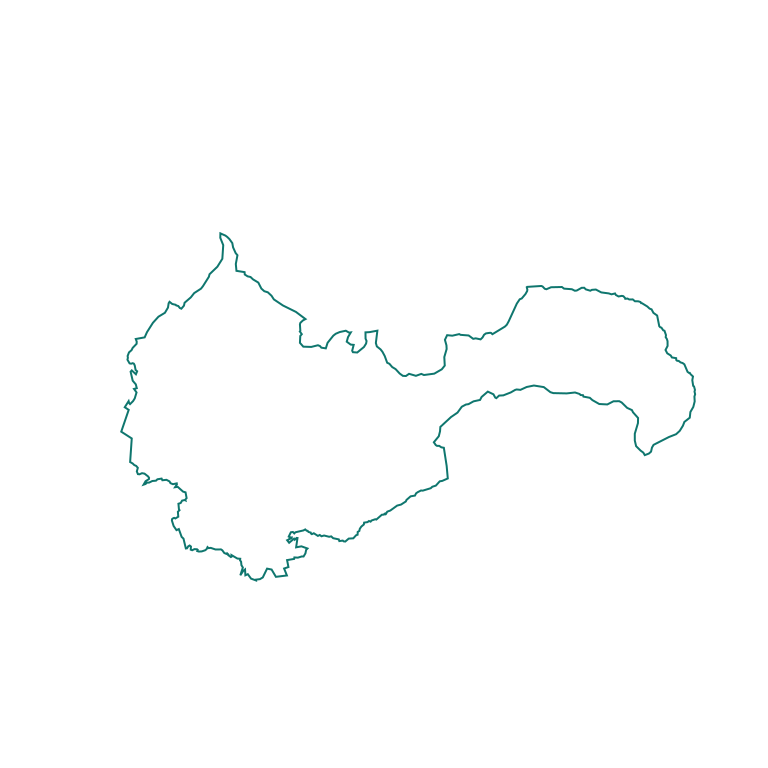 the district of Deda, Mures, Romania, rotated 322°
{"feature_id": "2599482B19753328402783", "entity_name": "Deda", "entity_type": "district", "adm_level": 2, "iso_a3": "ROU", "parent_name": "Romania", "parent_adm1": "Mures", "projection": "equal_earth", "projection_center": [24.914, 46.951], "detail": "fine", "context": "isolated", "style": "outline", "palette": "teal", "viewbox_px": 768, "rotation_deg": 322, "n_neighbors": 0, "source": "geoboundaries", "source_scale": "gbopen_adm2", "svg_char_len": 6166}
<svg xmlns="http://www.w3.org/2000/svg" viewBox="0 0 768 768"><g transform="rotate(322 384 384)"><path d="M552.8,601.7L556.0,599.1L559.0,597.9L575.9,601.2L583.3,603.4L588.2,603.0L593.9,600.9L597.4,598.8L604.2,598.8L608.2,594.7L613.6,592.5L618.1,589.0L620.9,585.0L622.9,583.6L624.0,581.2L625.4,580.1L626.8,576.8L626.5,575.8L629.3,570.8L632.1,568.3L631.6,564.9L631.8,563.5L631.2,563.1L630.7,561.3L632.8,553.4L632.2,551.3L631.0,549.6L630.4,547.2L629.3,546.2L629.1,545.0L630.1,543.5L627.2,540.3L627.5,538.1L626.1,534.2L626.8,530.5L630.9,528.6L633.8,524.8L634.6,522.7L634.8,520.5L636.3,519.1L637.8,514.7L637.1,513.6L637.3,510.4L636.6,509.3L636.5,507.9L641.4,498.2L640.1,493.8L640.8,489.9L639.7,488.1L639.2,485.0L637.0,479.1L636.4,478.6L636.6,477.3L635.3,475.4L632.7,473.3L632.1,470.5L629.3,468.4L628.5,466.6L626.6,465.4L626.9,464.8L626.7,462.2L625.7,461.0L622.7,459.4L621.5,456.5L621.8,454.9L618.5,453.4L616.9,451.0L611.6,445.6L609.1,440.0L605.8,437.8L604.0,437.5L601.3,433.7L601.0,431.4L599.0,429.9L593.4,429.0L591.8,428.0L590.4,425.0L584.6,419.7L583.9,417.1L575.2,410.6L570.3,409.3L569.3,407.9L569.0,404.8L568.3,403.6L556.6,395.6L556.1,395.6L555.0,398.0L554.0,398.9L550.9,400.2L545.2,401.4L543.1,400.8L538.2,402.4L520.8,411.4L517.3,412.9L514.6,413.2L500.1,411.5L499.8,409.7L499.2,409.0L495.5,406.9L493.2,406.8L490.3,408.0L487.6,408.3L484.4,404.5L482.1,403.3L480.6,397.9L474.6,392.4L474.0,391.0L467.6,388.0L463.8,384.4L459.2,386.7L457.0,392.0L454.9,395.0L448.1,399.9L443.2,406.9L438.6,408.0L430.0,406.8L421.0,401.5L419.6,399.0L414.2,397.2L410.0,391.4L406.2,391.2L403.9,389.2L402.8,385.4L402.3,379.4L400.9,375.7L400.7,371.4L399.6,369.2L401.8,362.4L402.6,357.7L402.6,354.6L401.5,350.0L402.8,346.7L411.6,337.9L404.5,334.2L401.2,331.9L397.4,336.9L396.7,339.4L394.8,341.1L391.0,342.5L382.3,342.7L379.1,339.8L379.4,338.2L384.2,334.5L382.0,332.4L380.7,327.7L384.5,324.9L389.6,322.9L388.1,322.0L386.7,318.5L381.1,315.8L376.9,314.7L373.8,314.7L364.9,316.8L360.1,320.1L357.0,316.8L356.9,314.7L355.8,312.8L349.5,310.0L343.4,304.9L343.1,299.8L347.6,294.6L349.9,294.1L350.0,290.8L350.8,290.6L354.5,285.2L355.8,284.3L359.3,284.0L362.1,284.5L359.0,273.0L352.7,259.9L349.3,249.5L349.7,245.2L348.9,240.2L346.8,237.2L346.1,233.3L347.4,226.7L345.2,220.9L344.7,217.5L342.8,215.2L341.7,212.0L343.0,210.0L337.4,204.0L341.1,198.2L347.8,192.3L347.7,189.5L349.2,183.4L351.2,179.6L351.4,174.5L351.0,171.6L350.4,169.4L347.8,164.6L345.0,168.0L342.8,175.6L333.7,185.8L324.9,189.0L314.1,190.1L312.0,191.7L301.4,195.5L298.5,196.2L290.4,195.5L285.1,196.8L276.9,197.2L274.6,199.1L270.7,199.9L269.9,198.4L269.9,195.9L268.6,194.1L268.6,193.3L266.4,190.6L265.6,187.2L264.0,187.8L260.8,190.8L255.2,193.0L247.7,192.1L239.6,193.5L229.2,197.2L224.1,199.9L216.1,195.7L215.2,198.4L213.8,200.0L208.2,200.8L205.9,201.9L202.5,202.1L199.2,204.1L198.3,205.7L196.8,206.9L196.2,211.1L197.2,212.3L198.8,212.9L199.4,214.0L199.0,215.9L196.9,220.0L197.3,222.0L194.5,223.6L193.6,218.0L191.9,218.3L188.0,226.7L188.2,231.5L186.6,235.1L184.0,234.0L183.8,238.3L178.7,241.9L175.7,243.0L171.5,243.5L171.4,242.1L172.2,240.3L165.4,242.7L166.9,247.2L147.6,259.8L151.7,271.6L135.9,289.2L137.0,291.9L137.3,294.1L138.3,296.0L138.4,298.5L135.4,300.7L134.6,303.5L135.7,304.6L138.4,305.3L140.1,307.2L141.2,311.6L141.1,313.3L140.2,314.2L136.3,313.8L132.6,315.3L134.6,316.0L136.3,315.7L138.3,317.1L141.7,317.8L144.8,319.8L146.8,319.6L150.5,321.6L150.1,323.4L153.6,325.6L155.0,328.7L154.7,330.7L156.0,333.0L159.5,334.7L159.0,335.6L155.8,336.7L158.1,338.0L159.4,345.1L160.9,347.2L158.2,352.4L156.2,352.8L155.9,353.5L155.5,352.7L153.1,351.6L150.5,352.6L148.3,351.8L145.2,356.6L145.2,357.5L142.9,357.8L140.2,361.9L136.8,361.5L136.2,360.3L135.2,360.0L133.8,360.0L132.8,361.0L130.8,366.4L130.5,371.4L133.0,372.0L130.4,379.9L130.8,382.4L126.6,391.6L127.6,392.2L129.8,391.4L131.4,391.6L131.8,393.2L129.7,395.6L130.5,396.9L132.9,397.4L134.9,399.1L135.1,400.0L134.0,400.7L134.9,402.0L137.3,403.7L140.7,404.9L142.6,404.9L144.5,403.9L144.7,405.3L146.6,406.5L149.3,410.6L153.7,414.0L154.2,415.5L154.1,418.9L155.3,421.0L156.1,420.8L156.4,422.6L155.9,423.0L156.8,426.1L157.6,426.2L158.5,424.9L161.0,431.3L163.1,433.2L162.0,434.3L162.0,436.0L160.1,439.0L159.8,441.7L153.0,446.3L157.8,444.7L160.3,444.6L157.0,449.4L159.6,450.0L159.4,455.5L162.2,460.0L162.6,459.3L166.1,461.4L169.4,461.8L178.2,457.5L181.2,461.0L180.1,469.4L189.6,475.1L191.7,467.9L196.0,469.4L199.2,463.1L205.5,466.5L206.6,465.5L209.2,467.8L213.1,469.3L214.4,470.4L217.8,469.1L220.5,466.8L222.4,466.5L219.0,461.1L214.2,458.6L221.0,452.1L220.4,451.5L217.8,451.8L217.9,450.5L211.5,450.7L211.5,447.5L216.3,448.5L216.8,448.1L215.3,447.1L215.7,446.9L215.0,445.6L219.3,443.5L221.1,444.5L221.3,446.5L222.9,446.3L230.4,449.8L232.4,450.1L232.7,452.0L233.4,452.6L233.4,454.1L234.8,456.0L234.4,456.8L234.7,457.9L236.8,458.4L238.4,463.0L240.4,463.4L241.0,465.5L243.5,466.5L246.7,470.6L248.6,471.6L249.0,474.2L252.7,478.6L252.1,480.3L255.1,482.0L255.3,483.1L256.5,484.3L261.0,484.1L264.8,486.7L268.9,486.0L270.4,486.5L272.2,484.4L274.1,484.6L275.8,483.2L278.3,482.4L281.6,482.3L283.0,481.0L286.0,482.7L287.8,482.7L288.7,484.2L290.1,483.9L293.9,485.2L294.5,486.1L301.8,485.7L303.1,486.6L304.9,486.7L304.7,487.5L305.2,487.7L308.0,486.6L311.1,487.6L319.5,487.9L323.2,489.5L328.9,490.0L330.3,489.2L335.8,488.9L339.7,491.0L342.0,489.9L344.0,490.0L347.6,490.7L348.9,491.9L356.7,494.9L358.8,494.7L362.3,496.0L368.0,495.0L370.2,496.2L376.1,497.7L382.9,487.2L391.9,471.1L390.2,469.2L389.4,466.7L387.7,465.4L387.2,464.0L387.4,460.6L395.0,458.9L399.0,455.8L402.0,452.5L416.6,451.3L424.3,451.8L431.3,449.8L435.9,450.6L438.2,451.9L443.9,452.8L449.9,455.7L452.9,454.3L461.1,453.9L463.9,459.5L463.3,463.2L463.8,464.3L467.6,464.0L471.0,466.4L478.7,468.7L483.7,469.4L485.2,470.0L487.9,472.6L494.6,474.2L501.2,477.5L508.0,484.8L510.1,492.9L511.8,495.4L522.2,503.9L529.3,508.3L532.0,512.3L532.1,513.7L533.9,515.3L533.4,516.7L537.7,521.6L538.3,525.0L541.3,532.3L547.4,537.6L554.2,538.9L558.8,542.4L559.9,544.9L560.9,552.5L563.3,557.2L562.8,559.6L563.3,567.2L560.0,571.2L551.0,577.6L546.8,583.0L544.4,588.2L545.2,594.5L546.1,597.7L545.7,600.6L549.9,601.9L552.8,601.7Z" fill="none" stroke="#0f766e" stroke-width="2"/></g></svg>